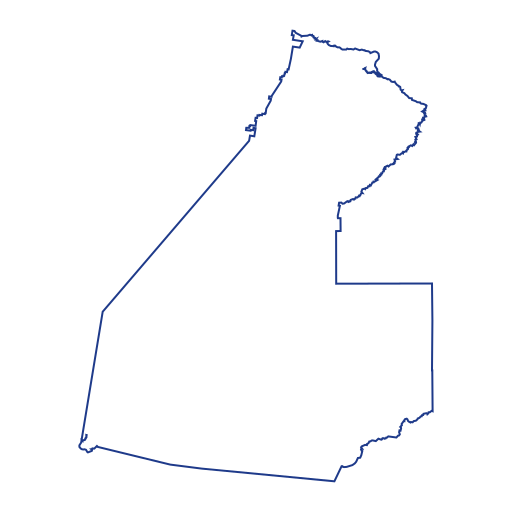 Waratah-Wynyard, Tasmania, Australia
{"feature_id": "25037944B19706345556765", "entity_name": "Waratah-Wynyard", "entity_type": "district", "adm_level": 2, "iso_a3": "AUS", "parent_name": "Australia", "parent_adm1": "Tasmania", "projection": "natural_earth1", "projection_center": [145.692, -41.307], "detail": "fine", "context": "isolated", "style": "outline", "palette": "blue", "viewbox_px": 512, "rotation_deg": 0, "n_neighbors": 0, "source": "geoboundaries", "source_scale": "gbopen_adm2", "svg_char_len": 5924}
<svg xmlns="http://www.w3.org/2000/svg" viewBox="0 0 512 512"><path d="M424.6,116.1L424.8,113.9L425.3,113.4L424.9,112.4L424.2,112.1L424.4,112.9L424.0,113.1L423.5,112.1L422.2,111.5L424.2,110.1L425.4,110.2L425.3,109.7L424.6,109.6L424.4,109.1L425.9,108.1L426.3,106.6L426.1,106.1L426.5,105.7L426.2,105.2L423.4,103.9L421.1,103.6L420.3,103.0L420.1,102.4L417.2,102.2L415.8,101.2L412.0,99.9L411.8,98.3L409.2,98.1L407.5,96.0L405.3,94.4L404.4,93.2L402.1,92.2L401.9,91.2L402.5,90.2L401.5,90.4L400.6,89.6L400.2,86.9L399.3,86.3L398.7,86.4L398.4,85.7L397.0,84.9L395.0,82.4L394.7,81.6L393.2,82.0L391.4,81.6L389.8,79.7L388.0,79.0L387.5,79.3L385.8,78.2L383.6,77.9L381.3,76.2L380.1,76.6L377.9,76.4L377.4,76.0L377.2,75.0L375.6,73.9L374.6,72.4L373.2,72.3L373.4,71.7L371.5,72.4L371.3,73.0L367.9,72.9L368.1,73.6L365.5,70.3L365.0,69.0L365.2,68.2L364.0,69.0L362.4,69.1L364.0,68.9L364.9,68.1L365.3,68.2L365.1,69.0L365.9,70.7L366.7,71.2L367.0,72.1L367.9,72.6L370.7,72.5L373.4,71.2L377.6,74.0L378.4,75.7L380.4,75.9L381.0,75.4L382.5,75.1L381.6,75.1L379.2,73.6L378.7,72.6L377.8,72.1L377.1,70.7L377.2,69.2L375.0,65.9L375.0,64.6L375.8,61.9L378.8,58.7L379.0,56.2L378.5,53.6L377.1,52.3L375.4,51.5L374.1,51.5L370.4,53.1L370.1,52.3L368.4,51.3L365.4,50.9L364.7,50.2L364.2,50.4L361.8,49.6L359.6,50.2L355.1,48.5L353.5,49.5L350.9,49.0L348.5,49.1L347.2,48.6L346.3,49.5L342.4,49.5L341.3,48.9L340.2,47.8L339.2,47.3L337.8,47.4L336.2,46.7L335.3,45.7L334.5,45.7L334.1,46.1L333.9,45.8L333.6,46.1L330.9,46.0L328.9,45.1L327.8,44.0L327.3,42.9L327.3,42.2L328.5,41.5L328.0,41.3L327.1,41.6L326.8,42.4L325.2,41.1L323.6,42.3L322.4,41.7L322.4,41.0L320.3,41.7L317.7,40.9L317.6,40.3L317.0,40.5L317.1,40.2L316.3,39.9L316.4,39.5L315.8,39.5L316.2,38.9L315.8,39.1L315.5,38.5L314.7,38.4L314.9,37.8L313.7,37.4L313.9,37.1L313.6,36.3L314.2,36.1L312.2,35.8L312.1,34.9L311.0,35.2L310.0,34.7L307.4,35.7L302.5,36.0L301.5,36.5L301.3,35.8L295.7,32.8L294.5,31.0L292.5,30.7L291.8,35.1L293.7,35.3L292.9,39.8L302.7,41.3L299.7,47.6L292.9,46.6L290.9,58.8L288.6,69.4L287.6,69.2L287.0,72.1L285.4,71.8L285.1,73.3L284.7,73.2L284.2,75.8L283.4,75.7L283.3,76.3L282.0,76.2L281.8,77.4L280.3,77.2L279.9,79.5L281.5,79.8L281.2,81.5L271.8,95.8L271.6,96.8L269.2,96.4L268.9,98.7L271.0,99.0L270.7,100.7L266.3,108.6L265.7,113.1L265.1,113.0L264.9,114.1L262.3,113.7L262.0,115.2L259.4,114.9L259.3,115.6L257.5,115.3L257.1,118.0L255.6,117.8L255.1,120.9L256.2,121.1L255.6,125.8L250.3,125.1L250.1,126.1L249.4,126.0L249.2,127.8L246.3,127.8L246.0,130.1L250.6,130.7L250.7,129.8L253.1,130.2L253.5,127.9L255.6,128.2L254.3,136.3L250.0,135.6L249.1,140.8L102.7,311.7L81.4,441.1L82.0,441.2L81.6,440.5L81.8,440.0L82.2,440.0L82.7,440.5L84.8,439.8L85.6,437.9L86.3,437.2L86.3,435.0L86.7,435.0L87.2,435.6L86.4,435.2L86.5,437.1L84.9,439.9L82.7,440.6L81.8,440.2L82.2,441.3L81.4,441.5L81.2,442.5L79.4,445.3L79.4,446.9L80.7,448.5L81.8,449.2L83.3,449.5L84.5,449.3L86.0,449.8L87.3,452.0L87.9,452.4L91.8,450.9L92.1,449.9L91.3,449.2L91.9,449.1L92.4,448.4L94.3,448.6L97.6,445.3L96.5,446.6L170.3,464.6L201.7,468.6L334.4,481.3L341.6,466.2L342.5,466.2L343.0,466.9L344.0,467.1L346.6,466.9L352.4,465.1L354.8,463.4L356.2,461.7L357.9,458.0L360.2,457.7L361.3,455.2L362.3,451.0L361.6,450.7L361.0,449.3L361.3,448.8L362.2,448.8L361.1,447.3L361.7,446.4L365.0,444.9L366.9,445.1L367.1,443.9L368.4,443.3L369.3,441.5L370.4,441.4L371.7,440.5L372.7,440.4L375.8,441.1L378.4,438.7L381.3,439.7L381.9,439.4L382.2,438.5L383.0,438.1L385.1,439.0L383.8,438.3L385.6,438.5L386.2,437.6L386.8,437.7L388.3,436.4L396.4,437.5L398.0,435.7L399.1,435.4L399.8,434.3L399.1,432.2L399.5,430.4L400.5,430.7L401.1,428.4L400.9,427.3L400.3,426.9L401.9,425.2L401.6,424.0L403.7,421.1L404.4,421.2L404.5,419.8L405.1,419.1L406.7,418.7L407.4,419.3L408.1,421.0L409.1,421.8L410.5,422.5L410.9,422.0L412.6,422.3L413.7,421.1L415.9,420.7L417.5,419.3L417.7,418.5L419.5,417.8L420.7,416.4L421.7,416.3L422.0,415.2L423.2,415.0L423.5,413.8L426.4,413.2L427.2,413.5L427.4,414.2L428.3,413.4L428.6,412.3L429.9,412.2L431.7,410.8L432.6,411.2L432.3,373.0L432.3,370.4L432.0,370.4L432.4,320.9L432.0,283.5L336.2,283.7L336.1,231.1L340.6,231.0L340.6,230.2L340.5,218.2L337.9,218.2L337.8,217.9L337.8,215.6L339.9,205.8L338.6,205.6L339.1,202.7L341.4,202.6L342.5,203.7L344.1,203.5L347.1,201.3L347.9,201.1L348.4,202.0L350.3,201.3L350.2,200.6L350.7,199.9L353.1,199.0L353.8,199.6L354.3,199.5L354.8,198.7L355.4,198.6L355.7,197.4L357.4,197.5L358.4,196.5L359.4,196.3L359.2,195.5L360.3,195.2L361.1,193.4L361.7,193.0L362.5,193.1L361.4,191.6L362.3,189.3L364.6,188.6L365.2,189.1L365.9,188.0L367.4,187.9L368.2,186.2L369.5,186.3L369.8,185.0L370.8,185.5L372.4,182.5L373.5,182.4L373.6,181.6L374.3,181.8L376.9,180.3L375.7,180.0L375.5,179.6L377.1,178.4L377.5,178.6L377.6,177.7L378.6,177.2L378.8,176.3L379.9,176.3L380.5,175.6L380.2,174.7L381.3,174.5L381.2,173.4L382.2,173.3L382.7,171.8L383.3,171.2L383.8,171.3L384.0,170.8L383.6,169.8L385.5,169.0L385.4,168.3L384.8,168.6L384.1,168.3L384.8,167.0L385.8,166.9L386.2,166.3L387.6,165.7L388.5,166.5L390.7,164.4L392.1,164.4L393.0,163.8L393.6,164.1L394.5,163.4L394.1,162.4L395.1,161.7L394.5,159.5L397.6,159.0L396.1,157.8L396.8,154.9L397.4,154.5L399.9,154.8L401.4,153.5L402.0,153.4L402.4,152.7L403.1,153.2L403.3,151.8L404.5,152.0L405.7,151.2L406.4,151.4L406.7,150.1L407.9,149.2L408.1,148.4L407.5,147.9L408.5,146.6L409.2,146.8L409.5,146.1L410.9,145.3L412.2,146.0L413.4,144.3L414.1,145.1L416.0,142.8L416.0,142.5L415.2,142.6L414.9,142.2L415.1,141.8L415.9,141.8L415.4,139.7L416.5,139.3L415.4,136.9L417.0,136.5L417.0,135.7L417.8,134.6L416.6,134.3L416.9,133.6L416.2,133.3L416.3,132.7L418.3,131.8L419.9,131.6L419.2,131.1L418.8,129.9L418.5,130.5L417.9,130.3L418.1,128.9L417.7,128.0L417.1,127.8L416.2,128.4L415.8,127.7L417.0,127.5L418.6,124.1L418.7,123.2L419.6,123.4L419.9,124.1L420.2,122.6L421.3,122.6L422.3,121.0L422.2,120.0L423.2,120.4L424.4,119.9L424.1,118.6L423.5,119.1L423.1,118.1L422.2,117.7L423.9,117.7L424.9,116.7L426.2,116.4L425.9,115.7L424.6,116.1Z" fill="none" stroke="#1e3a8a" stroke-width="2"/></svg>